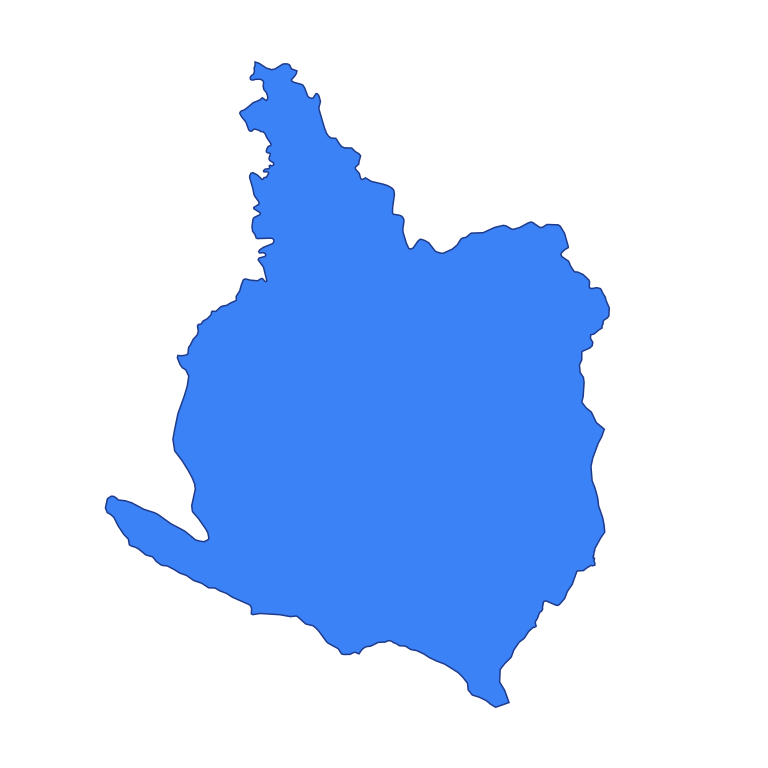 Berik, Maekel, Eritrea (Mercator projection), rotated 12°
{"feature_id": "51966322B44125494570979", "entity_name": "Berik", "entity_type": "district", "adm_level": 2, "iso_a3": "ERI", "parent_name": "Eritrea", "parent_adm1": "Maekel", "projection": "mercator", "projection_center": [38.812, 15.386], "detail": "fine", "context": "isolated", "style": "filled", "palette": "blue", "viewbox_px": 768, "rotation_deg": 12, "n_neighbors": 0, "source": "geoboundaries", "source_scale": "gbopen_adm2", "svg_char_len": 6155}
<svg xmlns="http://www.w3.org/2000/svg" viewBox="0 0 768 768"><g transform="rotate(12 384 384)"><path d="M608.9,382.4L599.7,377.6L592.7,368.4L586.5,365.2L581.3,360.7L581.4,354.8L579.4,340.9L577.7,336.1L573.5,332.0L571.2,324.8L572.4,319.3L571.0,312.4L571.1,310.9L577.8,306.0L579.7,303.3L579.6,299.9L576.4,296.3L576.0,293.0L579.3,291.2L582.9,286.5L585.7,283.8L585.2,282.5L585.8,279.3L585.3,277.6L585.8,275.9L588.8,272.8L589.8,270.6L588.5,262.7L583.9,256.2L582.4,253.0L579.3,249.9L576.7,246.4L575.7,245.7L572.2,245.5L567.2,247.5L565.1,247.2L564.5,245.9L563.8,241.2L562.8,239.7L555.9,235.5L550.0,234.2L547.6,234.7L545.9,233.8L541.5,229.3L540.3,227.2L538.8,225.4L531.9,222.6L530.8,221.5L530.1,220.6L530.3,218.8L533.0,214.9L535.9,212.3L535.5,210.9L529.3,199.1L523.8,193.2L521.5,192.1L511.7,193.8L510.1,194.2L506.4,197.8L504.1,198.5L495.5,195.0L493.6,195.2L491.5,196.5L484.2,202.7L478.4,205.8L476.6,205.9L470.6,204.0L467.8,204.0L459.7,207.8L449.5,215.4L437.9,218.3L433.7,223.5L430.6,224.8L429.0,226.4L426.7,232.8L422.8,237.8L414.9,243.7L412.7,244.2L407.5,243.8L405.9,242.9L398.5,236.6L394.2,235.2L390.2,234.7L389.0,235.2L387.4,237.3L384.3,244.8L382.2,246.3L380.9,246.5L379.9,246.1L376.6,241.6L371.1,231.6L370.2,228.5L369.7,220.7L369.2,219.0L367.7,217.1L366.1,216.1L363.7,215.7L358.3,216.0L357.3,215.6L356.6,214.4L355.7,209.1L354.8,196.3L353.3,192.4L350.8,190.6L346.2,189.2L341.4,188.7L329.6,188.5L323.0,186.2L320.3,188.5L319.3,188.5L318.2,187.4L316.1,183.2L311.6,179.8L310.9,178.6L311.2,177.5L313.6,174.1L313.3,172.1L313.7,165.7L312.8,164.9L311.7,164.1L307.3,162.5L303.3,159.9L296.4,161.2L293.5,160.7L291.0,158.9L285.8,153.7L281.1,154.4L278.1,153.1L275.8,150.8L272.6,146.0L263.4,129.0L262.9,127.4L263.1,120.9L260.8,116.3L259.5,114.7L258.2,114.0L257.2,114.0L255.3,118.8L254.2,119.5L251.5,119.5L249.4,118.1L244.9,110.9L242.6,108.6L241.1,108.1L232.9,107.6L230.7,106.8L230.2,105.7L232.8,101.0L233.7,98.5L233.7,95.8L228.5,95.1L227.2,94.2L225.8,92.0L224.7,91.3L222.8,91.0L219.4,91.7L218.2,92.4L211.9,98.5L208.7,99.9L203.0,99.4L195.3,96.3L190.9,95.8L191.7,99.5L191.2,101.8L192.3,105.2L192.0,108.0L189.9,110.4L189.4,111.9L189.9,113.6L191.4,114.2L193.6,113.6L194.6,112.8L199.2,111.7L201.3,112.0L202.8,112.8L203.6,114.4L203.8,117.6L204.7,119.8L205.3,121.0L208.5,123.6L209.8,125.7L210.9,128.5L210.7,129.7L209.8,131.3L205.5,129.3L203.3,132.1L197.5,136.1L192.1,143.0L190.3,145.0L187.9,146.4L186.9,147.6L186.6,149.2L188.9,152.0L194.5,156.6L198.7,163.3L199.9,164.4L202.1,164.2L203.3,162.3L204.5,161.5L208.8,161.8L210.9,162.7L213.4,162.4L215.7,164.0L218.2,167.4L223.7,172.8L223.6,174.2L221.4,175.7L220.6,177.9L220.4,180.5L220.8,181.5L221.9,182.0L224.5,182.1L225.0,183.1L224.6,186.4L224.8,188.0L225.8,189.1L230.1,190.8L230.5,192.6L229.5,193.5L228.3,194.0L227.2,193.6L226.4,194.5L227.3,196.2L226.4,197.3L223.0,198.6L221.8,200.3L222.1,201.3L223.1,201.4L225.5,200.6L226.6,200.9L227.4,201.9L226.0,206.2L223.8,207.0L223.0,209.0L222.2,209.3L216.7,205.9L211.8,204.5L210.0,205.6L209.4,208.3L209.6,209.9L214.9,219.8L217.6,226.0L219.0,227.7L223.2,231.3L224.0,232.6L224.3,234.1L219.9,238.4L220.3,239.7L226.4,241.9L227.4,242.5L227.7,243.4L227.1,244.4L222.3,248.2L221.6,250.1L222.1,257.3L223.7,261.9L226.6,264.5L228.6,267.7L229.8,268.1L243.4,264.8L245.0,265.0L245.9,265.7L246.6,266.9L246.4,268.7L245.8,269.9L237.6,275.4L234.5,278.7L233.9,280.5L234.9,281.7L238.8,280.6L240.6,281.1L241.3,281.9L241.5,282.9L241.0,284.0L235.9,286.6L235.3,287.3L235.1,288.8L241.8,294.7L247.9,307.3L247.5,308.3L246.1,308.3L243.1,306.1L241.9,306.4L238.9,309.3L231.6,310.2L227.1,310.0L225.8,310.4L224.8,311.3L223.9,316.2L223.5,322.9L221.2,329.0L222.0,332.2L221.7,333.3L217.1,336.6L213.7,339.8L209.9,341.3L208.1,342.6L204.5,347.9L200.8,348.5L200.2,349.8L200.6,351.2L200.2,352.7L197.4,357.1L194.0,359.9L192.6,363.4L190.0,364.4L189.5,365.7L189.7,366.7L191.4,371.0L191.1,374.9L188.0,380.1L186.4,386.4L185.6,387.8L185.3,389.4L185.9,395.1L184.4,396.8L183.3,397.3L180.2,398.4L176.4,399.0L176.4,401.3L180.2,407.0L183.3,410.0L187.1,411.3L191.4,416.9L192.0,427.0L191.2,436.7L188.6,455.9L188.7,472.5L189.0,481.9L193.2,493.0L202.6,501.1L210.6,509.4L216.0,515.8L219.5,521.1L221.3,526.0L221.2,542.9L222.8,547.8L223.5,548.9L230.6,554.3L240.2,563.3L242.8,566.5L244.7,571.2L244.5,572.4L243.7,573.4L240.9,575.6L236.8,576.0L232.1,575.7L219.7,569.3L204.6,565.0L189.8,558.5L186.1,557.6L175.2,556.5L162.1,552.7L155.2,552.0L148.3,552.7L145.6,551.0L142.7,550.1L140.4,550.5L137.3,553.8L137.3,563.2L140.0,567.3L143.4,568.3L147.5,570.6L153.2,577.8L160.6,585.1L166.2,588.9L168.3,594.2L170.5,595.0L175.0,595.4L178.5,596.5L186.5,600.7L192.9,601.1L194.2,601.6L198.0,604.8L203.3,607.3L205.6,607.5L209.7,607.0L217.6,609.2L223.5,611.4L230.5,612.3L238.7,615.8L247.1,616.8L254.8,619.8L261.0,618.7L266.6,620.5L273.3,621.5L280.1,624.1L298.0,627.8L299.3,628.5L300.5,629.9L301.3,631.8L302.0,636.4L303.6,636.9L310.6,634.2L330.2,631.3L340.9,631.0L346.3,629.2L347.8,629.5L357.3,635.0L364.9,635.2L368.7,637.2L372.2,639.8L381.3,648.0L383.4,649.2L394.2,652.4L398.7,656.9L401.1,656.9L407.0,655.5L410.2,652.9L411.8,652.4L415.6,653.2L417.4,648.8L418.9,646.7L421.1,644.7L425.5,643.2L432.0,638.0L439.0,636.1L441.0,634.5L442.5,634.0L444.6,633.9L447.2,635.1L449.3,635.2L453.6,636.8L459.4,635.9L465.1,638.1L471.5,638.0L479.2,639.8L485.6,642.3L493.3,644.1L501.7,645.4L516.6,650.9L522.0,654.4L527.9,659.3L529.9,665.7L535.1,669.9L541.8,670.5L549.6,672.3L554.9,675.1L560.4,677.0L572.5,669.6L565.8,658.6L559.1,651.5L557.0,639.1L560.1,632.6L565.2,624.8L566.3,617.1L569.9,608.4L574.1,603.5L576.8,596.3L580.4,591.1L581.6,590.9L583.2,589.3L581.8,586.5L581.5,584.9L582.8,581.4L583.5,576.3L584.0,574.7L585.2,573.7L586.0,571.3L585.5,569.6L585.3,564.6L586.0,563.0L587.8,562.5L598.2,564.6L600.1,564.4L601.5,563.1L605.3,556.3L606.5,548.8L609.8,540.8L611.6,527.2L612.5,526.5L618.0,525.0L619.6,522.8L624.1,518.4L625.7,518.5L627.9,517.4L627.4,515.2L626.3,513.8L626.1,510.7L624.8,510.7L624.9,509.8L624.3,509.2L624.7,508.5L624.5,504.1L624.8,502.9L624.3,501.8L627.9,489.7L630.7,482.9L628.5,475.9L625.7,469.3L619.2,458.5L617.2,452.3L614.6,446.8L611.7,441.4L607.7,435.4L603.6,421.6L603.6,413.0L605.9,397.2L607.9,390.4L608.9,382.4Z" fill="#3b82f6" stroke="#1e3a8a" stroke-width="1.5"/></g></svg>